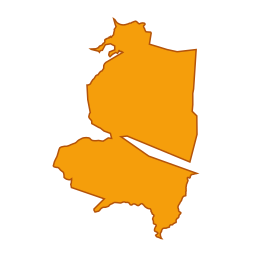 outline of Santiago Yucuyachi, Oaxaca, Mexico, rotated 94°
{"feature_id": "50627088B52041523995534", "entity_name": "Santiago Yucuyachi", "entity_type": "district", "adm_level": 2, "iso_a3": "MEX", "parent_name": "Mexico", "parent_adm1": "Oaxaca", "projection": "orthographic", "projection_center": [-98.214, 17.61], "detail": "fine", "context": "isolated", "style": "filled", "palette": "amber", "viewbox_px": 256, "rotation_deg": 94, "n_neighbors": 0, "source": "geoboundaries", "source_scale": "gbopen_adm2", "svg_char_len": 5492}
<svg xmlns="http://www.w3.org/2000/svg" viewBox="0 0 256 256"><g transform="rotate(94 128 128)"><path d="M191.3,180.3L200.3,146.7L211.2,156.3L211.9,156.2L212.6,156.1L213.5,155.4L214.0,155.2L214.0,154.4L213.4,152.9L213.2,152.0L212.6,151.0L211.8,150.3L211.1,150.0L210.4,149.4L209.8,148.8L208.9,147.4L208.8,146.7L208.7,145.6L208.6,144.8L208.3,144.0L208.0,143.3L207.5,142.1L206.9,141.5L206.2,141.1L205.5,140.3L205.0,139.5L204.8,138.9L204.0,137.7L203.4,136.7L203.2,136.0L203.2,134.7L203.2,133.4L203.3,131.6L203.3,130.0L202.8,128.9L202.2,127.8L202.0,126.6L202.1,125.9L202.4,125.2L202.3,124.0L202.2,123.3L202.5,122.0L203.7,120.9L204.3,120.5L204.6,119.5L204.4,118.7L203.7,118.0L203.4,117.3L203.3,116.6L203.4,115.9L203.7,114.9L204.1,114.3L204.6,113.3L204.7,112.4L204.4,111.7L204.0,111.3L203.5,110.8L203.1,110.2L202.6,109.6L202.5,108.6L202.8,108.1L203.5,107.4L203.9,106.8L204.4,106.4L205.4,105.4L206.4,103.7L206.9,102.4L207.0,101.7L207.0,100.8L207.2,100.0L208.0,99.6L208.6,99.2L209.6,99.2L210.4,98.6L210.9,98.2L211.8,98.0L212.3,97.4L212.6,96.7L213.2,96.1L214.0,96.0L214.6,96.4L216.0,96.9L217.1,97.1L218.8,96.3L220.2,96.0L221.2,96.0L221.9,95.4L222.1,94.4L222.6,93.4L223.1,93.2L223.7,93.0L224.3,93.5L225.1,93.8L226.1,94.2L226.8,94.4L228.1,94.5L229.0,94.1L229.3,93.4L229.6,92.6L229.8,92.0L230.3,91.3L230.8,90.8L231.5,91.2L232.0,91.7L232.5,92.4L233.0,92.9L233.7,92.4L234.2,92.2L234.5,91.7L234.7,91.1L234.8,90.3L235.0,89.7L235.2,89.1L235.4,88.5L235.8,87.7L235.9,86.7L235.0,87.5L233.8,87.8L233.0,88.2L231.9,88.3L231.3,88.4L230.3,88.2L229.8,87.8L229.1,87.6L228.6,87.3L227.8,87.3L227.3,87.1L226.6,86.8L225.8,86.1L225.5,85.2L225.4,84.6L225.3,83.9L225.3,83.1L224.6,81.6L224.3,80.7L224.2,80.1L223.7,79.7L223.1,79.8L222.1,79.4L221.6,78.7L221.6,77.9L221.4,76.8L220.9,76.5L220.1,75.8L219.8,75.1L219.3,74.5L218.9,73.5L218.2,73.4L217.6,73.5L216.6,73.6L215.9,73.4L215.4,73.0L214.7,72.6L214.1,71.6L213.5,71.2L212.8,71.1L211.9,71.0L211.2,70.8L210.7,70.5L210.2,69.9L209.7,69.6L209.0,69.3L208.5,69.7L208.3,70.2L207.6,71.3L207.0,71.7L206.0,71.8L204.8,72.2L204.2,72.5L203.3,72.7L202.0,72.4L201.1,72.0L200.5,71.7L200.0,71.3L198.7,70.9L197.6,70.2L196.6,69.6L195.0,69.2L193.5,68.7L192.9,68.3L192.1,67.5L191.5,65.7L190.8,65.6L190.2,65.9L189.2,65.7L188.7,65.7L187.8,66.0L186.8,65.6L185.5,65.8L184.5,65.8L183.5,66.0L182.4,65.9L181.6,65.8L179.9,65.7L179.6,65.5L178.3,65.1L176.3,64.5L175.4,64.8L174.9,65.2L173.6,65.3L173.1,64.8L173.3,64.1L173.5,63.6L173.6,63.1L173.2,62.6L172.4,62.5L171.7,62.5L171.2,62.0L170.5,61.8L170.0,61.5L169.9,60.9L169.6,59.8L169.5,59.2L169.0,58.2L168.8,57.0L168.5,56.1L166.9,61.8L154.6,105.4L137.2,134.4L136.1,128.3L157.6,63.9L129.5,58.7L128.5,58.8L111.1,60.2L106.9,65.1L100.1,65.0L88.9,65.8L84.6,65.3L45.0,65.5L47.6,79.5L48.5,84.3L47.0,94.6L45.0,103.2L42.9,112.5L31.7,111.5L30.8,112.1L30.8,113.2L30.8,114.6L30.8,115.4L30.8,116.1L30.7,116.8L29.8,117.5L28.5,118.2L27.5,118.5L26.8,119.2L26.0,119.5L25.2,119.6L24.8,119.4L24.2,118.8L23.6,118.3L22.6,118.5L22.2,119.3L22.2,120.6L22.2,121.1L22.4,121.8L22.7,122.8L23.0,123.3L23.3,124.0L23.1,124.6L22.5,125.4L21.9,126.1L21.4,126.7L20.9,127.7L21.3,129.1L21.8,130.1L22.2,131.0L22.5,131.6L23.0,132.1L23.2,132.8L23.4,133.9L24.1,135.1L24.6,136.5L25.1,137.9L25.4,139.2L25.5,140.5L25.3,142.6L24.9,143.9L24.3,145.2L23.8,146.2L23.0,147.0L22.1,147.8L21.5,148.1L20.7,148.9L20.1,149.9L25.8,147.9L26.8,147.4L27.6,147.0L29.8,148.0L30.3,148.5L30.9,148.6L31.9,148.3L32.9,148.6L34.0,148.8L35.1,148.9L35.9,148.9L37.5,150.3L38.3,150.7L38.0,151.5L38.7,151.4L38.6,152.6L39.0,152.8L38.7,153.1L39.1,153.3L39.6,153.7L39.7,154.2L40.0,154.6L40.1,155.0L40.2,155.3L40.4,155.6L40.7,155.7L40.7,156.1L41.0,156.6L41.3,156.8L41.4,157.1L42.0,157.3L43.4,157.1L44.0,157.2L44.9,157.8L45.2,158.5L45.9,159.0L46.8,159.2L47.1,160.0L47.5,160.4L48.1,161.8L48.9,162.6L49.6,162.9L49.8,162.9L50.3,163.9L51.1,165.2L51.4,167.1L51.8,170.7L52.1,170.2L52.2,169.7L52.3,169.1L52.6,167.6L53.3,163.6L53.4,163.1L53.9,162.2L54.4,161.8L53.3,161.3L52.9,161.1L52.6,160.6L52.3,159.0L51.6,158.7L46.5,156.4L45.2,151.3L47.1,147.0L50.9,146.7L53.4,151.8L55.9,152.3L57.1,152.0L58.1,150.9L56.8,149.7L55.6,148.6L53.5,145.5L54.2,143.6L52.6,142.8L51.4,142.4L51.4,141.8L52.4,141.2L52.1,139.8L52.9,138.4L64.1,154.6L65.5,155.8L67.2,156.5L69.2,156.5L70.2,156.4L71.9,157.4L72.8,157.9L73.6,159.4L75.1,160.5L77.1,161.7L77.2,162.4L78.1,163.7L79.0,164.2L81.1,165.3L82.3,166.5L83.6,167.2L84.2,167.6L85.4,168.1L86.2,168.4L86.8,168.8L87.4,169.7L87.9,170.9L88.0,171.9L102.5,170.1L114.6,166.9L115.2,166.7L116.0,167.2L116.8,167.5L117.9,167.6L119.0,167.9L120.1,167.7L121.0,167.1L122.0,166.1L123.3,164.8L126.1,164.4L126.7,163.1L129.4,157.4L130.0,155.6L132.7,151.7L134.6,145.2L139.5,143.6L139.3,147.0L142.8,151.8L142.8,153.3L142.6,155.3L142.5,156.5L142.7,157.8L142.9,158.9L143.0,160.1L143.0,161.8L142.9,162.7L142.5,163.7L142.1,164.2L141.8,164.6L140.9,165.5L140.6,166.5L140.5,168.8L140.6,169.7L140.9,171.4L141.3,172.7L142.2,174.2L143.4,176.2L144.6,177.5L145.7,178.4L146.7,179.6L147.7,181.9L148.3,183.1L148.8,184.2L149.3,184.9L150.0,186.5L150.5,187.9L150.6,189.2L150.7,190.1L151.0,191.3L151.6,193.3L152.5,194.6L154.3,195.3L157.7,196.0L161.2,196.8L162.9,197.5L164.8,198.3L167.0,199.1L168.6,199.4L170.2,199.7L171.0,199.9L171.9,199.0L172.3,196.7L172.3,195.3L172.7,194.4L173.6,193.4L174.6,192.5L175.6,191.1L176.3,189.9L177.1,189.2L179.2,188.6L181.8,188.3L182.5,187.3L183.3,185.9L183.7,183.8L183.7,182.2L182.5,180.7L183.4,180.6L184.8,180.7L185.9,180.8L186.9,180.7L188.0,181.2L190.8,180.4L191.3,180.3Z" fill="#f59e0b" stroke="#b45309" stroke-width="1.5"/></g></svg>